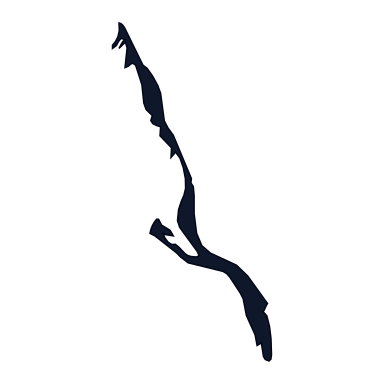 an SVG outline of Long Island
{"feature_id": "BHS-5033", "entity_name": "Long Island", "entity_type": "District", "adm_level": 1, "iso_a3": "BHS", "parent_name": "The Bahamas", "parent_adm1": "", "projection": "equal_earth", "projection_center": [-75.131, 23.273], "detail": "fine", "context": "isolated", "style": "filled", "palette": "ink", "viewbox_px": 384, "rotation_deg": 0, "n_neighbors": 0, "source": "natural_earth", "source_scale": "10m", "svg_char_len": 1458}
<svg xmlns="http://www.w3.org/2000/svg" viewBox="0 0 384 384"><path d="M263.2,311.7L266.8,315.8L269.5,326.4L271.0,338.8L271.5,354.8L270.9,359.2L269.0,361.0L265.3,359.5L263.5,356.6L261.3,342.7L260.1,343.7L257.1,345.5L255.1,334.8L246.4,315.5L243.2,298.8L240.3,293.1L230.0,277.4L226.8,273.7L223.0,271.4L188.1,262.8L180.5,256.9L176.6,252.9L154.8,235.8L150.0,233.4L150.9,229.4L152.3,225.8L154.2,222.4L156.6,219.2L158.5,219.2L161.6,225.1L170.1,230.3L173.3,235.9L165.4,234.6L162.9,233.4L165.0,238.1L168.1,242.2L171.7,244.5L175.4,244.3L179.1,247.4L184.9,253.5L187.7,255.5L191.1,256.5L196.1,257.0L199.2,255.8L197.2,251.4L179.7,227.4L177.5,220.6L178.6,209.5L181.2,201.6L184.0,195.1L185.6,188.4L185.4,178.7L183.3,167.7L179.9,158.0L175.4,151.9L174.3,153.7L171.0,157.5L171.5,147.8L160.0,135.8L160.6,126.8L156.5,125.5L152.8,123.6L150.8,120.6L152.3,115.6L146.1,109.5L143.8,103.0L141.9,84.7L135.6,65.1L132.7,63.2L130.7,64.1L128.5,66.1L125.0,67.6L127.1,48.0L125.4,42.1L119.0,48.4L121.9,43.0L123.1,41.2L125.0,39.8L121.2,38.3L118.7,41.2L116.3,45.6L112.5,48.4L112.5,45.3L115.7,41.2L118.0,36.5L119.3,30.5L119.0,23.0L120.9,23.6L122.4,24.8L123.8,26.5L125.0,28.6L142.9,65.1L147.1,68.3L152.6,76.1L157.7,85.4L160.6,93.3L164.3,120.9L168.0,128.0L173.3,135.3L191.4,178.6L190.9,182.8L193.3,186.6L194.1,195.5L194.1,213.6L196.6,233.3L201.8,245.6L210.4,253.1L236.5,265.2L247.7,276.0L267.5,303.5L266.2,305.6L264.5,309.6L263.2,311.7Z" fill="#0f172a" stroke="#020617" stroke-width="1.5"/></svg>